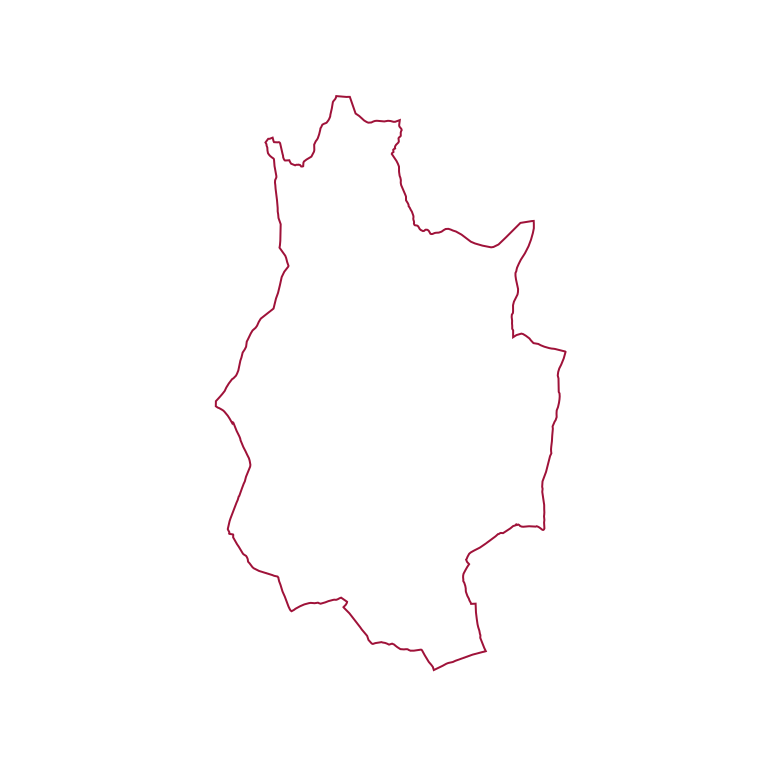 outline of Soracá, Boyacá, Colombia, rotated 159°
{"feature_id": "7082276B41688311282936", "entity_name": "Soracá", "entity_type": "district", "adm_level": 2, "iso_a3": "COL", "parent_name": "Colombia", "parent_adm1": "Boyacá", "projection": "natural_earth1", "projection_center": [-73.319, 5.492], "detail": "fine", "context": "isolated", "style": "outline", "palette": "rose", "viewbox_px": 768, "rotation_deg": 159, "n_neighbors": 0, "source": "geoboundaries", "source_scale": "gbopen_adm2", "svg_char_len": 6160}
<svg xmlns="http://www.w3.org/2000/svg" viewBox="0 0 768 768"><g transform="rotate(159 384 384)"><path d="M440.0,99.1L430.3,99.9L426.0,100.5L423.9,100.5L419.4,99.8L416.5,100.0L398.3,99.6L384.7,98.1L385.0,101.7L385.1,112.5L384.0,115.0L384.0,116.3L383.4,119.5L383.2,123.1L382.8,126.1L381.6,131.4L380.0,137.8L377.2,146.1L381.5,147.5L381.4,148.6L381.8,151.3L381.7,153.0L382.1,156.3L382.0,160.7L381.4,162.7L381.0,163.7L380.5,166.2L380.3,169.5L380.6,171.6L380.0,173.1L379.5,175.0L378.8,176.7L377.7,178.4L374.5,181.2L371.8,183.4L369.1,185.3L370.2,188.1L370.3,190.6L369.5,191.1L367.9,192.8L365.3,195.0L363.2,195.7L359.8,196.2L353.1,196.9L346.8,198.4L334.5,201.8L331.4,203.0L330.7,202.8L329.3,203.1L328.3,203.1L326.3,202.1L317.9,203.9L314.3,205.1L312.3,204.9L310.8,205.6L310.6,205.5L310.6,205.1L310.5,204.7L308.9,204.6L308.2,203.7L307.9,202.8L306.7,201.6L305.1,200.8L299.5,199.2L293.5,196.5L292.4,196.5L291.0,195.2L289.6,193.2L288.8,191.7L288.2,191.0L287.4,190.7L286.7,191.0L286.0,191.7L284.2,197.3L283.0,199.6L282.0,203.2L281.3,204.5L280.3,206.7L279.3,209.7L277.8,213.7L274.9,226.6L273.5,229.3L273.2,231.3L270.9,236.3L264.2,243.9L254.8,257.2L252.6,259.3L252.2,261.0L251.5,263.1L250.4,265.4L247.7,270.5L245.5,275.4L242.4,281.7L241.8,284.0L238.1,287.8L236.8,288.7L234.7,291.2L233.4,294.9L232.2,297.5L229.9,300.0L227.4,303.7L225.6,306.9L224.4,309.5L223.5,312.3L223.7,314.0L219.1,326.7L218.8,329.5L218.2,330.7L217.0,332.9L214.8,335.7L211.7,338.5L207.1,343.4L203.0,348.9L203.2,349.4L211.9,355.5L213.9,356.6L214.3,356.7L216.9,358.3L221.0,361.4L223.8,364.0L225.6,366.1L229.8,368.6L231.2,372.0L231.9,374.4L234.2,378.1L236.3,380.8L237.7,381.8L242.8,382.2L246.7,381.4L244.2,387.8L244.5,389.6L243.4,392.5L242.8,394.6L241.7,397.2L240.8,400.8L239.8,402.9L238.2,404.1L237.4,405.7L235.3,411.3L233.2,414.3L227.3,419.7L226.0,421.8L224.8,424.6L223.3,434.3L222.5,437.8L221.5,440.5L220.0,442.0L219.3,443.2L218.1,444.9L215.0,448.0L211.7,451.0L205.6,455.5L199.7,460.8L195.0,466.1L190.9,471.6L188.3,475.7L186.8,479.6L185.8,482.6L187.5,483.1L198.9,485.5L217.8,477.1L227.1,473.2L232.7,472.7L235.0,473.2L242.5,477.9L248.7,482.6L251.9,485.7L258.1,495.7L262.2,500.6L264.7,502.6L266.3,504.2L268.3,505.8L270.9,506.6L273.0,506.3L275.7,505.6L278.6,505.7L281.4,506.6L282.6,506.8L284.9,506.7L286.0,507.0L286.8,507.6L287.3,510.9L288.1,512.3L289.6,513.1L290.7,513.0L291.5,512.6L292.8,512.8L294.4,514.5L295.1,515.8L295.6,519.0L296.4,520.1L298.2,521.1L298.6,521.8L298.6,523.0L298.0,524.1L297.7,525.4L297.7,526.6L297.4,527.9L296.6,529.4L296.3,530.7L296.2,534.9L296.6,537.0L296.8,539.4L297.3,541.2L296.9,542.2L296.9,543.9L297.6,547.6L296.3,551.1L296.3,553.1L296.7,563.5L296.3,565.8L295.2,568.3L294.8,570.6L294.8,572.7L293.9,576.7L292.1,581.6L292.1,584.6L292.4,587.7L294.3,596.0L293.5,596.8L292.1,597.1L291.7,598.2L291.5,599.3L290.8,599.7L289.2,599.9L289.0,601.1L288.3,602.0L287.0,603.0L284.0,604.3L283.2,605.2L282.4,608.2L281.6,608.8L280.2,609.2L279.4,609.7L278.3,612.7L277.4,613.9L276.5,614.7L276.4,615.9L277.3,618.7L277.3,619.4L277.0,620.4L274.7,624.7L279.7,624.8L281.2,625.4L283.7,627.2L286.0,628.3L289.6,629.0L296.3,632.3L298.1,632.8L299.8,632.9L302.1,632.7L305.0,633.6L306.2,634.7L308.1,637.1L311.1,643.1L313.6,646.7L313.0,664.3L316.5,665.6L325.4,669.9L326.1,668.8L327.3,667.6L330.0,666.1L330.7,665.5L334.0,659.9L337.5,654.7L338.4,653.0L340.0,651.3L341.4,650.1L344.0,648.5L345.5,648.4L346.1,648.5L348.6,648.2L350.9,646.0L351.7,645.5L352.4,644.2L355.1,640.3L357.7,637.2L358.9,636.2L360.7,635.1L363.4,632.5L365.2,627.4L366.1,626.0L370.3,622.3L376.0,621.3L379.0,620.4L379.9,619.5L381.4,616.3L381.9,616.2L383.3,616.7L383.9,618.5L385.1,619.4L385.7,619.4L386.4,619.8L387.4,620.1L388.6,620.0L391.8,623.0L392.2,625.5L392.2,626.8L396.0,628.0L396.6,628.4L396.9,629.9L396.9,631.7L396.4,633.5L396.3,634.9L394.7,646.0L394.9,646.8L395.4,647.4L396.9,647.8L400.0,649.2L400.1,650.1L399.7,653.9L402.9,653.9L404.2,654.4L408.1,652.0L407.8,650.0L408.2,648.6L408.2,646.6L409.1,643.8L409.6,641.0L409.1,639.0L408.5,637.5L407.2,635.3L406.4,634.2L406.2,633.5L406.4,632.5L408.1,626.7L410.0,616.6L410.5,615.4L412.6,613.3L413.6,611.1L414.2,608.6L415.2,605.3L418.0,594.0L420.2,586.4L421.4,583.2L422.0,580.3L423.0,576.8L423.2,570.2L429.5,554.8L431.5,550.7L432.7,548.7L430.2,539.1L430.2,536.7L430.7,532.5L430.8,528.6L431.3,527.9L436.8,524.6L441.2,520.5L445.8,513.5L450.3,507.0L454.2,502.5L460.1,494.0L475.6,489.2L478.6,486.9L481.6,483.9L483.7,482.5L487.5,481.1L490.2,479.0L495.3,474.2L496.9,472.8L499.4,468.2L501.6,466.2L504.7,464.0L507.6,459.8L509.7,457.3L515.1,448.9L517.4,446.4L519.2,444.8L522.5,443.3L524.2,442.9L528.7,440.1L532.5,437.2L535.2,434.6L538.2,432.8L541.9,430.8L547.1,428.2L549.0,423.5L547.7,421.6L546.4,420.4L544.5,418.1L543.5,416.7L542.8,415.1L541.2,410.3L540.5,406.9L539.7,401.6L538.8,402.3L538.5,401.7L538.4,393.1L537.8,386.8L537.8,384.5L538.1,382.9L537.9,375.5L537.4,371.0L537.1,367.0L536.7,363.1L536.9,360.6L537.7,356.4L538.6,354.8L546.1,346.8L548.8,343.0L550.7,341.2L553.9,337.6L559.3,331.3L559.9,331.1L562.1,328.2L564.1,326.2L575.5,313.5L577.3,311.3L581.8,304.6L581.9,304.2L581.5,301.0L582.2,299.8L581.9,299.4L578.9,297.7L578.8,297.2L579.8,294.9L578.6,287.0L577.9,284.1L576.5,276.1L575.8,274.8L574.4,273.0L574.2,272.3L574.0,270.6L574.0,269.3L574.5,267.2L574.5,266.6L573.8,264.9L572.5,260.3L571.7,258.7L567.6,254.2L556.8,245.7L555.3,244.3L552.4,242.4L552.1,241.4L552.0,241.0L552.2,240.3L552.6,237.4L552.6,233.7L553.1,226.6L552.8,221.0L552.9,210.4L552.7,207.8L552.4,206.1L551.7,205.0L548.8,205.4L547.2,205.9L542.0,206.6L537.4,206.8L532.6,206.3L530.8,205.9L527.3,204.2L524.0,203.5L523.2,202.6L521.9,201.6L517.2,201.2L513.6,201.2L509.0,200.7L507.8,200.5L506.1,199.7L504.5,199.6L502.3,199.9L500.6,199.9L496.5,193.9L497.0,193.1L498.6,191.7L501.8,190.2L501.4,189.0L498.5,182.4L493.4,165.5L492.7,162.7L490.0,154.9L490.2,150.6L488.6,146.4L488.0,145.6L487.3,145.3L484.9,145.2L478.8,143.9L478.0,143.2L475.8,141.9L474.3,140.6L472.7,138.9L469.5,138.7L467.8,137.0L467.3,135.9L465.9,133.6L463.7,130.6L460.5,129.1L458.7,128.6L457.0,127.9L456.2,126.8L454.8,125.5L451.5,124.3L444.8,122.8L444.2,122.4L443.9,121.5L443.2,116.3L441.8,108.5L440.5,104.9L439.8,102.4L440.0,99.1Z" fill="none" stroke="#9f1239" stroke-width="2"/></g></svg>